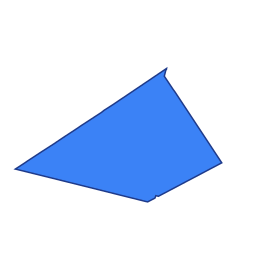 the district of Esmeralda, Nevada, United States of America, rotated 104°
{"feature_id": "52423323B50493835773618", "entity_name": "Esmeralda", "entity_type": "district", "adm_level": 2, "iso_a3": "USA", "parent_name": "United States of America", "parent_adm1": "Nevada", "projection": "natural_earth1", "projection_center": [-117.709, 37.723], "detail": "fine", "context": "isolated", "style": "filled", "palette": "blue", "viewbox_px": 256, "rotation_deg": 104, "n_neighbors": 0, "source": "geoboundaries", "source_scale": "gbopen_adm2", "svg_char_len": 528}
<svg xmlns="http://www.w3.org/2000/svg" viewBox="0 0 256 256"><g transform="rotate(104 128 128)"><path d="M195.1,227.4L195.0,174.7L195.0,92.9L194.9,91.0L189.5,84.9L186.9,84.6L186.9,82.0L139.1,28.6L81.5,91.3L79.7,93.5L69.0,105.3L62.3,105.3L62.0,104.9L60.9,105.0L79.7,121.9L100.8,140.9L102.1,142.1L108.9,148.2L116.4,155.3L119.5,157.7L124.1,162.0L136.9,173.9L140.2,176.8L150.8,186.6L155.1,190.5L159.4,194.4L159.5,194.4L172.7,206.8L184.4,217.6L186.7,219.6L195.1,227.4Z" fill="#3b82f6" stroke="#1e3a8a" stroke-width="1.5"/></g></svg>